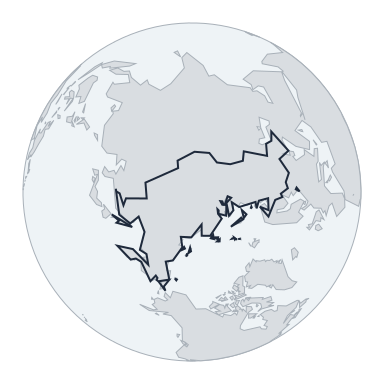 globe centered on Russia, rotated 153°
{"feature_id": "RUS", "entity_name": "Russia", "entity_type": "country or territory", "adm_level": 0, "iso_a3": "RUS", "parent_name": "Europe", "parent_adm1": "", "projection": "orthographic", "projection_center": [98.07, 61.527], "detail": "medium", "context": "on_globe", "style": "outline", "palette": "slate", "viewbox_px": 384, "rotation_deg": 153, "n_neighbors": 0, "source": "natural_earth", "source_scale": "50m", "svg_char_len": 13317}
<svg xmlns="http://www.w3.org/2000/svg" viewBox="0 0 384 384"><g transform="rotate(153 192 192)"><circle cx="192" cy="192" r="169" fill="#eef3f6" stroke="#a8b0b8"/><path d="M260.7,37.6L269.9,43.5L265.5,39.9L269.8,42.0L273.7,44.4L271.1,43.1L274.0,46.6L278.9,50.8L279.0,56.3L268.5,59.3L266.9,56.3L264.6,57.6L266.4,61.5L268.1,63.8L262.5,75.5L266.6,91.3L273.3,96.5L267.6,95.4L283.9,105.8L289.6,115.7L279.8,104.5L276.3,103.3L278.5,109.8L275.4,110.1L274.6,113.5L270.7,113.3L265.3,107.0L262.6,106.9L264.3,111.6L261.5,114.5L259.3,107.6L254.1,112.2L244.1,103.1L241.6,85.9L232.7,81.7L221.4,66.7L219.2,68.5L213.5,64.3L208.7,64.8L208.0,62.1L204.9,64.9L206.4,67.3L205.6,69.4L203.0,70.0L201.5,66.6L202.7,65.8L200.9,65.1L201.3,63.2L199.6,64.5L198.2,60.4L195.6,65.4L191.2,62.9L191.4,60.0L196.5,59.1L209.5,51.0L211.2,48.3L208.5,45.0L192.6,41.0L192.3,38.6L188.3,36.2L186.0,37.9L188.4,40.4L183.2,43.3L186.8,46.3L185.2,48.0L186.8,51.8L181.0,52.6L174.5,51.3L172.9,48.3L170.0,47.7L167.1,51.8L159.8,47.7L147.4,47.7L146.1,46.7L151.7,41.9L163.1,38.5L170.3,33.4L160.0,38.2L156.9,35.8L154.1,36.2L151.0,37.3L149.9,38.8L147.7,38.4L157.1,33.3L159.2,33.6L156.2,35.1L161.6,33.6L167.9,30.6L165.8,29.9L177.5,26.9L176.2,26.4L178.0,25.6L179.3,26.5L177.1,25.0L190.5,23.3L189.2,23.1L193.8,23.1L196.5,23.2L203.4,23.5L211.5,24.3L211.2,24.2L222.3,25.9L230.9,27.6L246.0,31.9L260.7,37.6ZM345.5,126.6L344.3,125.5L344.2,123.9L345.5,126.6ZM344.1,126.5L344.4,126.5L344.3,126.8L344.1,126.5ZM344.4,127.8L344.2,126.8L344.5,128.1L344.4,127.8ZM344.9,129.7L344.5,128.6L344.6,128.8L344.9,129.7ZM345.1,132.2L345.1,132.8L344.7,131.6L345.1,132.2ZM269.4,64.9L266.7,61.6L266.3,58.1L268.9,60.7L269.4,64.9ZM269.8,72.2L267.7,70.6L270.5,68.9L270.8,70.3L269.8,72.2ZM278.8,100.4L277.2,97.0L279.8,100.2L278.8,100.4ZM275.2,114.0L276.7,114.9L275.7,116.3L275.2,114.0ZM189.8,51.2L188.3,51.5L188.8,50.6L189.8,51.2ZM191.9,52.6L193.6,51.4L194.8,51.9L193.8,52.7L191.9,52.6ZM268.7,117.4L266.6,119.5L267.8,116.3L268.7,117.4ZM189.6,54.1L196.8,53.0L198.9,54.0L196.8,57.7L189.6,54.1ZM264.8,120.0L259.9,125.4L262.8,127.8L252.0,124.3L259.8,120.7L260.7,116.3L262.2,119.4L264.8,120.0ZM208.1,67.8L206.3,65.3L210.2,66.9L208.1,67.8ZM210.8,68.3L224.2,70.6L225.5,74.8L220.8,73.1L224.5,78.3L218.6,79.2L215.2,76.6L215.5,73.6L213.0,76.2L210.8,68.3ZM246.9,121.6L244.9,122.1L246.0,120.4L246.9,121.6ZM205.6,70.4L208.1,70.4L209.5,74.0L204.6,74.6L205.7,73.2L205.6,70.4ZM228.4,79.3L228.5,82.2L223.8,83.7L223.2,85.0L218.6,79.6L228.4,79.3ZM204.1,72.7L202.1,74.9L199.0,73.8L203.1,70.6L204.1,72.7ZM211.9,74.7L212.3,76.5L210.5,75.7L211.9,74.7ZM187.1,71.4L190.1,71.2L191.1,73.0L187.1,71.4ZM201.5,75.8L202.6,76.2L203.3,76.9L201.4,78.1L201.5,75.8ZM215.6,81.1L213.5,81.2L217.2,83.4L213.8,84.7L211.3,80.9L211.0,83.1L209.9,83.5L209.1,79.9L215.6,81.1ZM201.6,81.6L197.3,77.4L191.4,77.3L190.4,75.6L200.0,76.1L201.6,81.6ZM206.1,80.9L203.1,80.9L203.3,78.7L205.5,77.4L206.1,80.9ZM212.4,87.1L218.2,86.0L218.6,86.9L212.4,87.1ZM199.8,81.9L200.9,83.0L199.4,82.2L199.8,81.9ZM208.5,85.9L210.5,85.4L210.8,86.4L208.5,85.9ZM201.4,85.5L200.0,84.1L201.4,83.1L201.4,85.5ZM204.6,86.0L204.5,87.6L202.8,83.6L205.4,85.6L204.6,86.0ZM208.4,87.0L209.3,87.4L207.5,87.1L208.4,87.0ZM196.7,90.2L194.1,85.4L197.3,83.2L199.4,88.1L196.7,90.2ZM41.1,116.0L44.8,109.2L45.5,109.1L50.0,103.6L59.0,115.8L56.1,124.0L57.7,146.1L57.1,149.9L51.7,152.1L48.8,175.9L54.0,177.4L56.5,196.0L61.5,205.8L72.4,200.0L64.3,183.8L68.0,176.4L78.7,185.5L86.5,199.9L88.2,197.5L87.6,184.9L93.8,184.8L87.8,180.2L87.0,184.6L83.3,181.9L83.8,177.8L86.0,177.9L84.9,172.8L74.8,174.2L72.8,178.8L67.2,168.4L63.4,175.1L60.3,174.0L65.6,162.2L68.4,160.4L74.5,143.5L71.0,144.4L65.0,160.5L64.9,157.0L60.1,158.8L63.7,154.7L71.2,137.2L69.0,127.6L58.6,122.8L59.0,116.8L62.7,109.0L74.2,104.5L72.2,118.5L76.2,117.4L83.2,110.0L82.0,115.0L84.5,113.8L84.4,119.0L90.7,122.4L91.6,127.3L100.3,125.0L101.9,127.4L96.3,128.0L92.8,131.2L95.7,143.8L98.1,145.2L103.5,142.8L103.6,146.8L108.5,142.9L113.2,148.9L111.6,138.4L117.9,135.7L124.1,137.5L125.9,134.9L115.8,131.9L112.0,132.5L109.2,136.0L98.6,136.4L96.3,132.9L106.2,125.6L104.0,120.0L112.7,117.1L134.8,126.3L140.8,132.2L137.7,148.6L132.7,148.9L131.3,143.1L126.8,151.4L129.9,149.3L130.0,152.7L136.1,151.3L136.5,153.7L141.7,148.4L142.8,151.2L139.5,154.5L149.4,155.2L153.4,160.4L155.5,159.5L156.6,157.0L160.9,165.5L162.2,164.4L161.3,161.2L163.4,157.0L168.8,153.2L170.0,156.3L168.2,158.1L166.3,166.9L161.4,171.5L162.5,172.4L167.0,169.2L169.3,158.5L172.2,155.3L171.8,160.3L172.2,158.2L174.0,157.6L176.9,160.1L177.6,154.6L195.9,144.8L203.4,148.8L201.0,154.2L215.1,151.5L222.5,156.8L221.6,153.8L227.8,150.8L225.5,149.0L225.6,147.4L240.4,139.6L244.8,140.4L250.2,134.1L249.8,132.6L246.8,131.6L252.0,124.3L262.8,127.8L263.2,131.0L269.6,131.3L269.7,138.6L272.8,145.0L269.2,153.3L271.9,157.8L274.1,157.4L279.5,163.5L282.9,177.9L270.4,167.9L263.4,147.9L265.4,156.1L262.0,154.8L261.0,158.2L262.7,164.1L264.7,164.4L252.5,177.8L250.8,194.7L257.9,191.4L263.0,194.5L267.3,212.2L255.9,239.9L262.5,245.3L263.3,249.9L258.3,254.3L257.1,247.7L251.6,246.7L251.7,242.5L243.3,247.8L243.0,242.0L236.7,249.3L239.7,253.2L247.2,250.5L241.8,259.5L250.1,265.3L251.6,273.8L239.7,291.2L226.6,297.5L226.0,300.0L220.5,297.9L213.6,303.3L224.1,315.0L223.9,318.4L212.6,325.7L212.3,323.3L197.8,317.7L195.4,325.6L206.3,331.5L210.1,337.8L201.8,336.2L197.9,330.4L192.8,328.2L194.0,321.6L189.4,310.6L181.0,312.2L181.5,307.6L174.0,296.9L161.8,298.1L142.5,306.0L140.1,316.3L133.3,318.6L124.6,299.7L124.4,287.6L118.9,286.3L111.8,271.5L92.8,258.5L92.2,254.1L88.2,252.7L83.6,244.7L83.5,237.6L79.7,234.3L80.5,253.0L84.8,256.5L91.3,255.5L90.5,260.8L95.2,269.3L82.4,272.2L57.6,258.4L58.8,249.5L58.6,212.7L60.7,211.1L60.8,210.7L61.0,210.1L57.3,212.0L58.5,205.0L54.7,228.2L52.5,235.4L57.2,258.4L55.9,258.3L58.5,264.4L71.2,274.4L70.5,276.6L62.3,280.6L47.9,275.1L51.9,285.2L54.3,290.0L47.4,279.3L41.2,268.2L35.9,256.7L31.5,244.8L28.0,232.6L25.4,220.2L23.8,207.6L23.1,195.0L23.4,192.1L23.6,186.4L23.6,180.4L24.4,173.6L24.8,169.4L26.4,158.4L30.0,143.8L35.0,129.7L41.1,116.0ZM50.3,115.7L48.7,116.7L50.3,115.7ZM91.1,220.3L98.3,228.2L101.4,218.5L104.4,220.8L104.4,216.7L101.6,217.8L102.5,207.3L107.9,208.7L110.3,205.0L108.0,202.2L98.0,201.4L96.7,216.3L92.3,217.1L91.1,220.3ZM156.4,36.1L155.6,36.5L152.3,37.4L153.7,36.5L156.4,36.1ZM139.2,44.9L136.0,44.1L139.2,44.0L140.4,42.4L148.6,40.2L145.9,46.0L145.7,43.7L139.2,44.9ZM158.8,39.3L153.9,39.8L159.4,39.1L158.8,39.3ZM99.0,103.0L96.8,105.9L93.7,105.8L92.7,100.2L97.2,100.2L99.0,103.0ZM94.5,110.2L104.6,104.9L105.7,108.4L103.4,107.3L103.1,110.1L99.3,109.1L90.3,117.9L87.0,118.4L86.9,107.4L88.8,110.6L90.8,107.4L94.5,110.2ZM128.7,87.4L133.1,85.8L129.7,95.4L126.0,95.8L124.7,90.1L128.3,86.2L128.7,87.4ZM184.4,61.0L186.3,60.2L186.7,61.1L185.4,62.5L184.4,61.0ZM188.4,71.1L176.5,65.7L178.1,64.4L169.2,63.1L169.9,59.3L175.6,60.2L169.5,56.5L175.0,55.8L170.4,53.7L183.1,56.2L187.7,55.6L182.3,57.6L181.5,61.1L182.5,62.4L189.0,65.9L198.7,66.7L199.4,70.4L197.4,72.9L195.2,73.3L195.4,70.7L192.3,73.1L190.9,69.6L188.4,71.1ZM173.3,103.0L174.4,99.2L168.0,104.6L166.6,100.7L165.9,101.6L162.8,99.5L158.0,98.6L158.1,96.6L156.1,97.1L154.0,95.8L151.4,95.9L150.7,92.5L147.4,92.3L148.9,90.8L143.5,91.5L147.2,89.5L144.9,87.8L142.5,90.7L144.9,73.0L143.1,67.5L139.5,64.3L146.4,61.5L154.1,62.9L161.3,66.9L162.1,72.7L165.0,70.5L166.3,72.7L163.4,73.5L168.6,73.6L168.9,75.6L175.3,79.9L182.5,79.0L185.1,80.7L182.3,82.1L186.7,82.8L183.3,86.6L185.0,87.9L183.4,93.1L177.1,95.2L179.5,96.5L178.4,100.7L173.3,103.0ZM196.0,91.6L188.9,94.7L184.6,94.2L189.3,85.4L188.2,83.7L191.0,78.3L197.2,79.2L195.8,80.7L195.9,82.3L193.9,81.3L195.6,83.3L193.7,85.4L194.5,87.6L192.0,88.0L196.0,91.6ZM59.5,151.4L59.6,153.9L60.4,157.3L57.4,158.5L59.5,151.4ZM64.4,139.4L64.9,141.2L61.1,144.3L61.0,141.8L64.4,139.4ZM68.5,139.6L65.2,141.0L66.9,138.7L68.5,139.6ZM97.1,129.5L98.1,131.3L96.9,132.3L94.8,132.2L97.1,129.5ZM153.9,118.9L155.3,116.6L156.3,116.9L161.7,113.9L163.2,116.6L160.5,119.6L153.9,118.9ZM69.2,198.9L65.8,197.8L65.9,195.5L67.0,196.3L69.2,198.9ZM59.9,177.5L60.4,183.6L59.1,177.8L59.9,177.5ZM156.4,121.4L158.5,119.8L157.9,122.2L156.4,121.4ZM164.5,118.5L164.5,121.2L164.0,116.6L164.5,118.5ZM61.9,299.8L61.4,299.1L66.1,304.0L67.5,304.3L71.6,309.8L71.8,310.7L61.9,299.8ZM251.4,342.2L256.2,340.9L256.0,341.2L251.4,342.2ZM246.4,342.7L252.0,341.2L245.4,343.6L246.4,342.7ZM254.2,340.6L259.8,338.1L262.3,336.8L261.8,337.5L254.2,340.6ZM242.6,343.8L221.7,347.7L213.3,347.9L215.3,346.6L228.9,345.0L242.6,343.8ZM214.7,346.6L201.8,344.0L183.9,332.0L190.3,332.5L209.0,339.6L207.8,340.9L215.6,343.2L214.7,346.6ZM245.6,334.9L244.3,338.5L232.8,340.7L227.5,341.1L223.9,337.3L225.9,334.6L230.3,334.0L246.8,321.6L252.6,322.3L247.6,327.5L252.3,329.4L245.6,334.9ZM140.8,317.5L144.5,324.5L140.8,324.3L140.8,317.5ZM253.2,313.0L246.7,319.1L252.6,311.7L253.2,313.0ZM256.5,306.2L257.0,308.4L254.2,306.9L256.5,306.2ZM226.0,303.7L221.4,304.9L221.2,303.0L226.9,300.4L226.0,303.7ZM252.7,280.8L253.1,286.7L252.4,289.0L250.1,286.0L252.7,280.8ZM172.0,144.4L162.9,145.4L157.3,148.3L155.7,153.2L154.1,146.9L162.6,142.4L172.0,144.4ZM192.8,144.3L194.2,140.2L196.2,141.8L196.2,143.0L192.8,144.3ZM191.8,142.0L188.6,137.3L191.0,135.0L193.1,139.1L191.8,142.0ZM172.2,129.0L169.4,129.1L169.9,127.1L172.2,129.0ZM232.8,355.9L232.0,356.1L234.2,355.6L234.2,354.9L253.6,348.1L267.9,339.4L277.4,335.1L285.4,328.0L294.8,322.4L291.2,326.8L300.0,321.4L308.3,311.1L311.3,311.6L312.3,310.7L302.6,319.7L292.3,328.0L281.4,335.4L269.9,341.9L257.9,347.6L245.5,352.3L232.8,355.9ZM340.7,271.9L341.4,270.6L341.6,270.3L340.7,271.9ZM263.3,338.4L270.1,333.7L273.7,331.9L263.3,338.4ZM340.0,272.7L338.5,275.2L338.7,274.6L340.0,272.7ZM340.4,271.7L341.0,271.1L340.4,271.7ZM337.6,275.3L339.3,273.3L337.3,275.7L337.6,275.3ZM336.3,277.1L334.9,278.7L335.1,278.4L336.3,277.1ZM318.4,298.4L324.0,295.4L319.1,300.5L313.8,303.7L309.0,309.5L298.4,317.1L301.1,314.1L299.8,313.1L288.5,319.3L286.2,319.1L290.3,315.7L282.6,318.6L291.1,313.4L294.4,314.5L299.1,309.2L307.0,304.3L314.3,299.4L319.9,296.3L318.4,298.4ZM290.8,320.0L292.3,319.2L290.9,320.7L290.8,320.0ZM332.2,281.0L334.3,279.5L334.0,280.1L332.9,281.3L332.2,281.0ZM321.2,294.6L327.4,286.0L328.8,284.5L324.6,291.4L321.2,294.6ZM326.1,286.0L328.8,283.4L330.1,283.1L329.5,284.1L326.1,286.0ZM273.6,326.2L273.2,327.2L271.0,327.5L273.6,326.2ZM276.5,324.4L283.2,322.0L275.9,325.4L276.5,324.4ZM255.6,329.3L257.6,330.8L264.1,327.2L259.2,330.9L263.4,332.6L261.9,334.3L257.7,332.4L256.0,336.5L253.1,337.3L251.6,334.7L254.6,329.7L257.5,327.0L269.1,322.1L255.6,329.3ZM276.5,321.8L274.8,320.0L276.1,317.7L278.0,318.2L276.5,321.8ZM269.2,315.5L264.2,313.8L259.8,316.7L268.5,308.4L271.9,311.5L269.2,315.5ZM264.7,309.1L260.6,311.8L264.7,307.2L264.7,309.1ZM259.4,310.9L258.8,308.4L262.1,307.6L259.4,310.9ZM266.8,308.4L267.3,303.5L269.1,305.6L266.8,308.4ZM256.9,302.5L264.3,304.8L254.9,305.9L253.7,296.4L257.6,295.0L256.9,302.5ZM273.4,250.9L272.0,247.9L275.3,245.5L275.4,248.3L273.4,250.9ZM284.8,235.6L275.7,243.9L268.2,250.6L271.0,251.1L270.0,257.7L265.5,253.8L270.1,245.0L275.9,240.9L275.9,235.4L279.7,229.8L277.6,223.7L278.9,219.9L282.7,224.2L284.8,235.6ZM276.4,221.3L274.0,209.4L280.7,207.7L282.7,209.9L281.0,216.0L277.6,216.5L276.4,221.3ZM275.4,206.1L272.1,206.6L261.6,191.7L261.1,188.2L272.6,198.2L270.0,199.3L271.4,203.4L275.4,206.1ZM246.0,123.6L245.0,122.2L246.9,122.8L246.0,123.6ZM224.2,146.5L224.6,144.3L226.8,144.9L224.2,146.5ZM226.9,138.7L224.2,139.5L226.6,137.3L226.9,138.7ZM218.1,141.7L222.8,139.2L219.0,143.5L218.1,141.7Z" fill="#d9dde1" stroke="#a8b0b8" stroke-width="1"/><path d="M267.1,204.9L258.4,229.5L259.2,227.0L257.1,223.6L259.1,211.3L253.7,216.3L235.3,206.8L229.2,221.5L193.5,219.6L190.6,226.5L171.5,226.7L158.8,218.9L156.4,207.0L145.3,199.4L132.5,196.7L127.4,204.7L108.7,190.1L104.1,201.3L98.0,201.6L93.9,209.9L87.3,185.0L99.1,181.7L97.0,165.1L104.0,158.2L104.9,151.8L113.6,150.2L113.8,146.5L121.4,147.2L135.0,135.4L138.2,148.1L132.0,141.1L127.0,151.9L136.4,153.9L141.8,148.1L139.9,154.3L156.8,157.2L161.2,164.8L163.4,156.9L169.8,154.0L166.3,166.6L159.7,169.1L162.2,172.0L168.2,166.2L169.7,166.3L169.2,169.9L170.9,171.0L170.8,166.9L167.3,164.8L172.3,155.4L178.3,160.5L176.6,163.5L177.1,165.1L178.7,160.7L177.6,154.8L195.7,144.7L203.2,148.6L198.2,158.7L213.1,151.9L222.3,157.1L225.7,147.1L240.1,139.7L247.0,141.9L252.0,124.3L262.5,127.7L263.5,129.8L261.8,131.1L262.2,134.0L269.5,131.4L268.9,152.8L272.2,158.2L277.3,159.6L282.9,178.0L270.6,168.0L264.0,147.0L260.7,157.4L264.7,164.1L252.4,178.0L250.7,194.3L261.3,192.0L267.1,204.9ZM252.1,124.1L260.1,120.5L260.5,116.1L262.5,127.7L252.1,124.1ZM173.1,143.4L159.9,146.8L159.0,144.4L173.1,143.4ZM261.2,188.0L273.2,198.9L270.1,199.6L273.7,208.5L261.2,188.0ZM157.5,145.4L155.8,153.3L153.6,147.4L157.5,145.4ZM218.9,143.4L219.8,139.6L223.0,139.2L218.9,143.4ZM190.4,138.2L193.0,141.4L189.3,139.8L190.4,138.2ZM189.8,135.5L191.9,136.5L188.8,137.3L189.8,135.5ZM193.9,140.2L196.2,142.2L192.7,144.0L193.9,140.2ZM224.1,139.5L224.8,137.9L226.5,137.2L224.1,139.5ZM95.8,143.7L98.3,147.3L96.8,148.5L95.8,143.7ZM171.0,128.6L172.2,129.1L169.7,128.2L171.0,128.6ZM224.0,144.8L226.7,144.9L224.0,146.5L224.0,144.8ZM246.5,122.6L245.2,120.9L246.1,120.4L246.5,122.6ZM147.3,150.6L145.7,152.1L145.8,151.1L147.3,150.6ZM173.3,129.5L174.4,129.8L174.5,130.6L173.3,129.5ZM175.3,131.0L175.1,132.3L174.7,131.5L175.3,131.0ZM177.0,132.4L176.3,131.8L177.6,132.2L177.0,132.4Z" fill="none" stroke="#1e293b" stroke-width="2"/></g></svg>